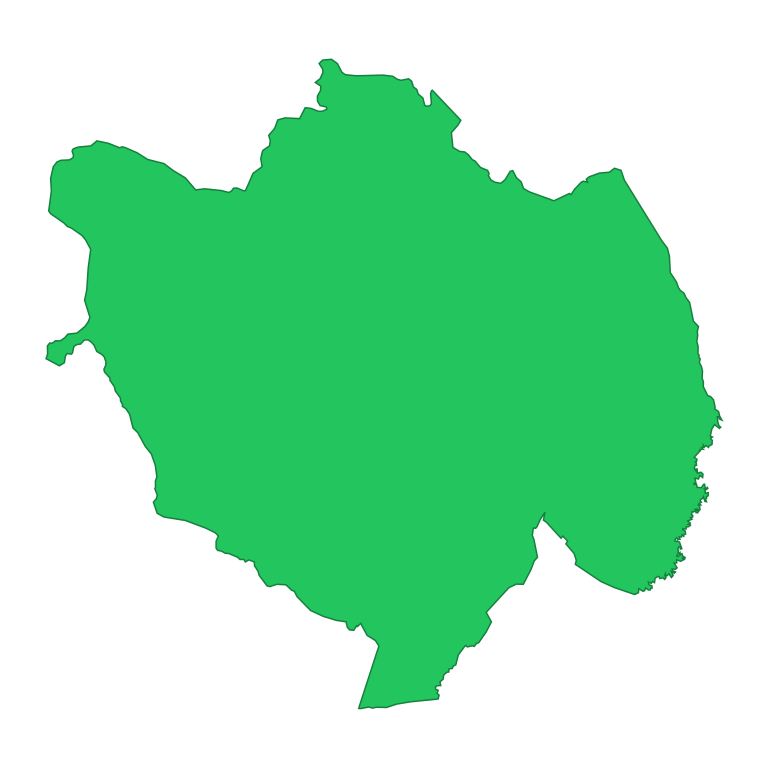 Facatativá, Cundinamarca, Colombia (Robinson projection)
{"feature_id": "7082276B42545892213611", "entity_name": "Facatativá", "entity_type": "district", "adm_level": 2, "iso_a3": "COL", "parent_name": "Colombia", "parent_adm1": "Cundinamarca", "projection": "robinson", "projection_center": [-74.291, 4.831], "detail": "fine", "context": "isolated", "style": "filled", "palette": "green", "viewbox_px": 768, "rotation_deg": 0, "n_neighbors": 0, "source": "geoboundaries", "source_scale": "gbopen_adm2", "svg_char_len": 6052}
<svg xmlns="http://www.w3.org/2000/svg" viewBox="0 0 768 768"><path d="M315.3,82.5L320.8,86.1L320.5,90.6L317.4,96.2L317.5,101.2L320.1,105.6L325.5,106.7L326.6,107.6L326.7,109.4L322.1,111.3L318.5,111.3L311.0,108.4L305.2,107.7L299.6,118.6L285.0,117.9L277.8,119.9L274.6,128.5L268.7,135.3L270.3,140.7L269.5,145.9L262.9,150.4L262.1,152.5L260.8,158.7L262.1,166.7L253.1,173.3L245.5,190.6L243.6,190.8L236.8,188.0L233.5,188.2L231.7,190.8L228.9,192.5L221.6,190.6L204.7,188.8L195.6,189.9L185.4,177.9L173.4,170.7L164.0,163.6L147.5,159.4L137.2,152.8L124.9,147.5L122.2,146.8L119.7,147.8L108.4,143.3L96.9,140.9L90.9,145.9L78.0,147.1L73.2,148.9L72.1,151.0L73.5,155.4L72.9,157.8L69.3,159.9L60.9,160.3L56.9,162.0L53.3,166.7L50.6,178.5L51.4,190.8L48.7,211.0L50.7,213.8L64.1,223.1L67.3,226.4L71.6,228.2L82.0,235.5L85.5,239.7L90.7,249.4L88.2,268.0L86.8,289.7L84.6,300.2L89.9,317.3L88.3,321.7L85.0,326.4L77.0,333.1L67.9,334.1L64.8,337.7L60.2,340.9L55.4,340.8L52.3,343.2L49.6,343.1L47.4,346.0L47.6,353.9L46.1,358.7L59.4,365.8L64.4,362.7L65.3,356.5L66.9,353.6L71.5,354.1L72.5,352.9L73.9,346.4L77.0,344.5L80.5,344.1L84.2,340.2L86.0,339.9L88.3,340.0L91.7,342.5L94.1,345.3L96.8,351.5L102.0,354.5L104.2,356.9L105.9,361.8L105.8,365.0L103.9,369.3L104.5,372.0L109.9,378.0L110.0,380.4L114.5,386.9L115.2,390.8L120.4,398.0L120.5,400.9L122.5,404.5L122.4,406.4L125.9,408.7L129.6,414.3L133.0,428.0L137.8,432.7L145.2,446.3L151.3,453.9L155.3,465.3L156.9,476.9L155.4,481.1L155.5,487.3L154.8,488.5L157.3,495.3L156.3,498.7L153.4,502.2L157.2,513.3L163.9,517.0L185.5,520.5L206.2,528.3L215.3,532.8L218.4,536.0L216.1,541.2L216.1,548.1L217.7,550.4L221.4,551.1L225.1,553.2L229.0,553.6L237.7,557.3L240.0,559.5L243.8,559.4L245.3,561.9L249.0,559.9L254.3,562.0L254.5,565.8L258.0,571.1L259.2,575.4L267.1,585.9L269.7,586.6L277.0,584.3L286.0,584.8L291.6,590.2L294.4,591.3L297.1,596.7L310.6,610.5L323.6,616.5L336.5,620.4L346.0,621.8L347.4,627.4L349.6,629.9L353.7,630.3L356.6,625.8L357.5,626.5L360.7,623.4L367.2,635.5L375.4,640.5L378.9,646.0L360.3,703.3L358.7,708.4L359.9,708.7L369.0,707.0L372.4,708.1L376.8,707.2L386.3,707.5L396.7,704.1L410.5,701.8L438.1,699.0L439.1,695.2L437.1,693.1L438.2,690.3L435.7,689.3L435.4,687.3L437.0,685.7L440.7,685.6L440.0,681.8L443.1,679.2L443.7,675.0L446.9,672.2L448.8,672.0L448.9,668.9L452.2,668.5L453.3,666.0L455.8,664.8L458.3,654.9L464.9,646.1L465.9,645.6L467.3,646.9L472.4,645.8L474.2,646.4L476.7,643.3L478.7,642.7L486.2,631.9L491.4,621.9L486.2,612.3L508.9,587.7L516.3,584.1L523.3,584.3L531.0,569.5L534.2,561.0L537.5,557.3L533.9,539.3L532.3,535.5L533.2,529.0L533.7,527.9L535.6,528.3L536.9,526.9L540.3,519.5L545.0,512.1L543.4,520.1L546.6,522.4L561.0,538.2L562.8,536.1L567.6,541.0L565.9,543.9L574.1,553.5L576.3,560.4L575.3,564.3L600.9,581.5L614.2,587.5L634.7,594.5L638.5,592.7L638.8,588.7L642.8,591.2L644.5,590.8L645.7,587.9L648.4,590.0L650.2,590.0L650.7,588.4L652.1,588.1L652.0,585.9L649.0,584.7L648.4,582.0L651.3,583.3L652.7,581.5L654.5,582.6L655.1,578.1L658.1,576.4L659.1,576.7L659.8,578.5L662.9,577.8L664.7,579.4L666.0,577.6L664.9,575.8L665.3,574.0L665.8,575.7L667.0,575.8L668.9,573.8L671.4,577.5L673.2,575.5L671.4,571.5L674.4,573.1L675.5,572.0L672.7,570.7L672.1,568.9L675.5,569.3L677.1,567.8L674.1,563.0L676.7,562.9L676.7,559.8L680.7,561.3L684.6,559.2L685.1,557.4L684.3,557.0L683.8,558.4L682.6,558.4L683.2,556.9L681.9,553.7L677.8,556.6L676.7,556.2L677.4,554.5L680.2,553.3L680.0,552.4L679.0,553.4L678.0,552.5L678.5,550.7L677.7,548.8L679.0,546.6L680.1,547.0L680.3,549.1L681.8,548.7L679.5,542.1L677.5,540.9L675.4,541.6L674.9,540.0L676.5,537.8L677.8,539.3L680.0,539.2L679.2,536.7L681.5,537.0L682.0,534.9L683.7,536.3L684.0,534.5L685.6,534.1L685.1,530.9L682.7,529.8L682.8,528.6L686.1,529.0L686.3,526.7L688.0,526.9L690.5,525.3L690.1,524.4L688.2,524.2L690.2,523.0L687.7,521.0L692.0,519.2L690.5,517.7L692.7,517.0L692.7,515.4L691.5,514.7L692.1,511.6L693.4,512.0L695.5,510.8L696.1,512.7L697.8,512.7L698.5,511.4L695.2,509.4L697.5,509.0L699.2,510.5L700.0,509.7L699.6,505.9L697.7,505.0L700.7,504.9L699.2,503.5L701.4,502.2L700.2,501.1L700.6,499.6L702.7,498.3L703.4,496.7L704.9,501.4L706.5,501.7L705.5,499.2L706.5,498.5L706.4,496.9L708.2,495.7L708.3,492.7L705.3,493.3L705.1,490.3L707.8,488.4L707.3,487.4L705.6,489.1L704.2,488.8L705.2,488.0L704.6,484.2L703.5,484.4L701.4,487.7L697.2,487.4L696.5,484.3L693.9,484.2L694.0,483.3L696.0,483.3L694.9,478.2L698.4,479.0L699.9,475.4L702.6,477.5L703.0,474.1L700.9,472.2L697.3,473.2L697.2,469.1L696.1,469.0L695.8,470.7L694.3,468.9L695.0,465.3L696.5,465.3L696.3,462.9L695.3,461.8L696.5,461.4L697.0,459.4L694.2,457.2L699.0,452.1L699.6,450.1L700.3,450.7L701.2,449.0L703.1,449.2L701.6,447.7L703.2,447.3L703.3,445.3L704.3,447.2L705.9,445.5L708.5,447.4L708.9,446.1L712.0,444.5L712.3,440.5L710.5,438.2L712.4,437.0L710.3,436.0L711.9,428.8L714.6,424.6L719.4,428.4L720.7,427.2L719.0,425.8L717.9,422.4L717.3,416.7L718.8,416.7L719.5,419.0L721.9,420.1L719.7,416.2L718.6,411.7L714.7,408.8L715.1,406.9L713.5,399.8L710.5,396.5L707.7,395.7L703.3,386.6L703.4,381.8L702.1,378.2L702.5,371.1L701.4,366.3L699.4,362.7L700.2,358.8L698.9,357.6L699.1,355.2L698.0,353.8L698.1,346.4L696.8,341.4L697.7,335.4L697.3,331.4L698.5,326.6L693.4,321.1L689.6,302.4L686.0,297.7L684.0,293.2L680.2,290.3L678.4,287.6L676.5,282.1L670.3,272.6L669.4,256.1L667.4,248.2L661.7,240.6L624.4,180.2L621.0,170.3L614.4,168.3L609.4,172.2L599.3,173.1L589.2,176.8L586.3,179.1L587.6,182.3L583.6,181.2L581.4,182.1L574.8,189.0L571.0,194.6L569.4,193.5L553.9,200.8L529.5,191.9L523.5,188.5L521.2,181.9L516.4,177.6L512.8,170.6L510.1,171.4L505.2,179.6L500.8,183.3L494.8,182.2L490.9,179.9L488.4,175.7L489.1,173.5L487.6,170.4L480.5,167.5L474.9,160.9L472.3,159.7L468.7,155.1L464.8,152.0L459.6,151.4L452.9,147.4L451.4,132.6L457.9,125.2L460.8,120.3L432.4,90.3L431.4,90.9L430.6,93.8L431.4,103.8L429.8,105.8L426.4,106.2L424.7,105.3L422.9,98.0L418.3,94.2L416.7,89.4L413.4,86.9L411.7,81.3L408.7,78.8L401.1,80.3L397.3,79.3L392.8,76.3L383.0,75.1L356.3,75.8L345.3,74.7L341.9,72.3L337.4,63.6L331.5,59.3L322.6,60.1L319.1,63.5L322.6,69.0L323.0,72.4L320.1,78.7L315.3,82.5Z" fill="#22c55e" stroke="#15803d" stroke-width="1.5"/></svg>